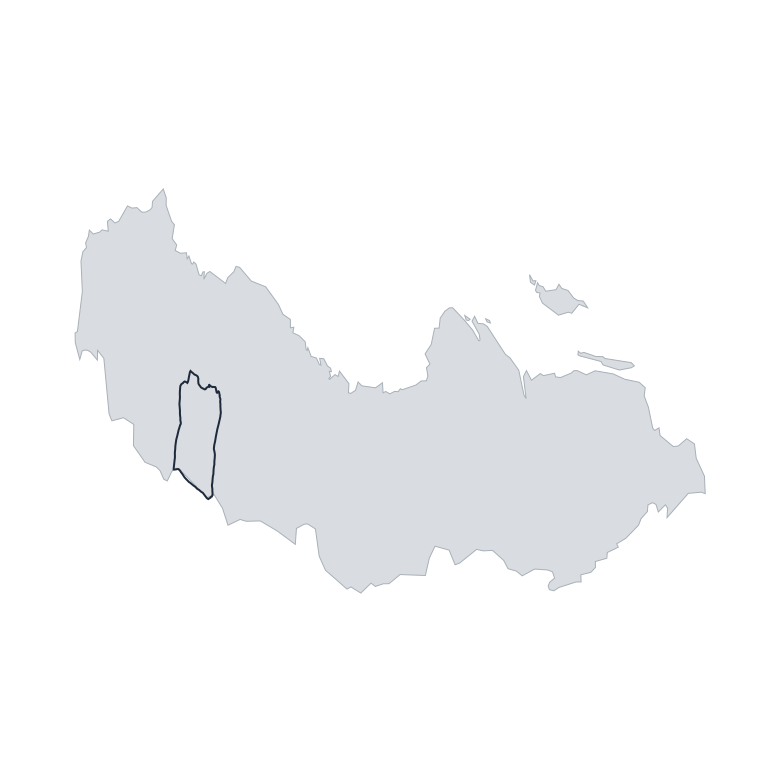 location of Arjeplog, Norrbotten, Sweden, rotated 257°
{"feature_id": "70781695B22534233820232", "entity_name": "Arjeplog", "entity_type": "district", "adm_level": 2, "iso_a3": "SWE", "parent_name": "Sweden", "parent_adm1": "Norrbotten", "projection": "equal_earth", "projection_center": [17.292, 66.388], "detail": "fine", "context": "in_parent", "style": "outline", "palette": "slate", "viewbox_px": 768, "rotation_deg": 257, "n_neighbors": 0, "source": "geoboundaries", "source_scale": "gbopen_adm2", "svg_char_len": 5759}
<svg xmlns="http://www.w3.org/2000/svg" viewBox="0 0 768 768"><g transform="rotate(257 384 384)"><path d="M153.6,500.8L156.5,506.6L163.1,505.9L166.0,501.6L169.8,489.2L166.0,475.5L172.0,470.8L176.1,463.3L185.1,461.0L197.5,452.3L199.0,443.5L202.0,437.0L192.5,417.4L191.9,412.6L207.5,410.1L214.5,397.2L204.2,389.0L188.1,381.2L194.7,356.9L188.3,343.9L189.5,338.4L188.7,330.0L192.9,326.6L185.5,314.4L193.7,306.1L192.5,301.8L215.7,285.1L230.8,282.1L258.2,284.6L264.9,278.0L265.3,274.5L263.0,266.2L247.7,261.5L264.9,246.8L278.4,232.7L281.2,219.0L284.4,213.3L281.5,200.2L299.2,198.7L315.0,193.4L313.0,186.3L347.9,164.9L349.0,161.1L346.4,157.5L338.3,151.0L340.7,148.0L349.9,146.3L354.4,143.5L361.4,133.6L380.3,126.0L400.9,131.1L409.8,122.5L409.3,110.6L416.7,109.4L472.0,116.8L481.2,112.5L471.8,110.1L481.0,105.4L483.7,102.6L484.5,99.2L484.1,97.4L476.4,93.1L493.8,92.5L503.2,94.5L504.1,97.1L542.0,110.9L572.0,116.4L580.7,120.4L583.9,124.8L588.6,125.0L594.3,129.2L600.2,131.5L595.6,134.4L595.9,140.9L597.6,144.0L594.9,149.7L604.7,151.1L606.4,154.6L601.4,158.1L602.2,162.1L615.2,174.1L612.1,178.0L611.4,183.0L605.9,186.7L605.1,190.5L606.4,195.5L608.3,197.8L614.0,199.5L623.7,212.8L614.3,213.7L607.1,211.9L590.4,213.6L586.3,215.6L573.3,210.3L566.1,213.3L561.1,210.6L557.2,215.0L556.3,221.0L550.3,220.4L552.6,222.7L544.5,223.5L543.9,224.5L545.7,226.0L543.2,227.8L532.0,228.4L530.6,230.4L533.9,232.7L533.8,234.2L526.6,232.0L531.7,236.4L532.8,239.6L517.6,252.3L522.8,255.7L527.2,263.0L531.9,266.3L530.1,269.6L514.2,277.8L505.3,290.6L485.3,299.0L474.7,301.2L467.9,307.3L459.8,305.4L459.6,308.9L454.4,306.7L450.2,312.1L442.9,316.7L434.9,315.9L434.0,316.7L436.5,318.0L427.3,319.2L424.5,324.0L417.7,325.3L416.6,326.8L423.5,327.1L422.1,331.0L414.3,333.0L411.4,335.5L407.9,335.5L408.6,333.6L403.3,333.7L401.7,331.4L400.7,332.0L404.2,338.4L401.6,341.0L406.6,343.5L392.2,349.9L383.5,347.4L382.3,349.4L384.2,354.8L391.8,359.2L387.2,362.0L382.2,374.9L385.6,382.8L375.6,381.1L376.3,384.0L373.1,387.5L374.4,392.6L373.4,396.0L375.7,399.0L374.3,400.5L375.8,414.8L378.6,421.0L377.6,425.9L381.7,428.5L390.4,429.1L393.0,433.2L404.1,430.8L411.9,438.9L426.9,445.8L426.1,450.3L435.6,453.6L441.2,459.7L443.5,464.9L442.8,468.1L428.0,476.7L416.6,482.5L404.7,486.1L405.3,487.5L411.1,488.0L425.4,483.9L429.6,487.5L421.9,489.2L420.3,494.3L417.0,497.5L385.4,509.0L381.2,512.6L367.1,518.4L341.7,517.9L337.8,519.2L359.8,521.5L365.0,525.8L354.5,528.5L359.0,538.7L356.3,541.2L356.1,552.6L352.3,552.8L350.6,557.5L352.5,568.9L354.3,572.1L353.5,575.4L347.4,583.2L349.4,592.6L342.3,609.6L334.5,619.6L328.3,633.0L321.6,637.7L313.8,634.8L302.0,636.4L280.6,635.9L277.9,637.2L279.4,642.1L271.7,641.4L258.0,651.8L257.4,656.8L262.6,666.6L255.8,673.0L241.4,671.5L222.1,675.5L204.9,672.3L207.2,668.9L209.0,655.9L190.1,629.7L199.2,632.4L203.0,631.0L197.6,622.5L205.5,621.9L208.0,618.9L206.8,614.0L200.4,611.9L195.0,604.2L189.2,600.3L179.3,585.0L175.9,574.7L172.3,575.6L169.6,563.7L164.1,561.9L163.5,550.0L157.6,548.7L154.0,543.2L153.8,532.9L146.8,531.5L147.9,526.6L146.4,508.6L144.3,503.0L146.4,498.9L150.2,498.5L153.6,500.8ZM448.1,556.4L444.9,557.5L443.1,560.8L438.0,562.5L437.2,572.9L441.8,576.9L437.1,578.7L433.8,584.3L425.2,588.1L421.7,591.6L420.0,596.8L412.4,599.6L417.8,591.9L410.7,582.9L412.5,579.7L411.8,569.5L427.2,556.6L434.4,555.1L437.6,556.5L438.9,553.4L441.2,552.7L448.1,556.4ZM349.2,629.7L345.4,632.0L344.2,628.7L344.7,616.4L353.3,601.7L357.1,600.5L367.6,580.7L368.8,579.5L372.3,580.7L369.7,582.5L369.8,585.9L363.2,596.5L361.4,603.4L359.1,605.1L349.2,629.7ZM451.1,552.3L450.4,555.2L446.6,552.9L450.2,549.6L457.8,550.4L451.1,552.3ZM432.6,478.1L427.7,482.5L426.8,480.7L427.8,478.5L432.6,478.1ZM422.1,501.1L419.5,501.4L421.3,498.4L424.7,497.7L422.1,501.1Z" fill="#d9dde1" stroke="#a8b0b8" stroke-width="1"/><path d="M440.2,198.4L439.3,197.6L434.5,195.4L432.1,194.4L430.3,193.5L429.3,192.6L430.4,191.7L431.3,190.3L430.8,189.1L430.1,188.3L429.5,186.6L427.9,185.1L425.4,184.3L422.6,183.4L420.2,182.8L416.6,182.1L410.7,180.2L404.0,179.2L400.6,178.4L396.5,177.9L394.4,177.4L391.9,177.3L390.7,176.9L389.8,176.1L388.2,175.2L385.3,173.5L380.4,171.1L376.4,169.0L372.5,167.5L370.3,166.7L367.1,165.8L364.3,164.8L359.6,163.8L356.0,162.5L352.2,161.2L348.5,159.9L348.0,159.8L347.7,160.8L347.6,162.2L347.6,163.4L347.3,164.6L346.5,165.1L345.6,165.7L344.1,166.2L341.6,167.3L337.8,168.7L335.7,169.9L333.4,171.3L332.1,172.1L331.2,173.1L329.9,174.0L327.8,175.6L326.4,176.9L323.9,178.4L322.2,180.1L320.2,181.5L319.4,182.3L318.9,182.9L316.9,183.8L314.4,184.9L312.9,185.6L311.9,186.3L311.4,187.0L311.7,187.6L312.0,188.3L312.2,189.3L312.8,189.7L313.0,190.4L313.1,191.0L314.0,191.6L314.2,191.9L314.7,192.0L315.9,192.3L316.6,192.4L317.0,192.5L319.0,192.8L320.5,193.2L322.5,193.3L324.3,193.6L326.6,194.6L329.3,195.4L331.1,196.0L332.8,196.6L334.3,197.4L336.1,197.9L338.9,198.7L341.3,199.5L343.7,200.6L345.9,201.1L347.7,201.6L349.6,202.3L351.7,202.9L353.1,203.3L354.8,203.5L357.3,203.6L359.0,203.6L361.1,204.3L363.2,205.1L366.5,206.7L370.0,208.1L377.6,211.5L381.4,213.5L384.7,215.1L388.8,217.1L390.9,217.8L392.3,218.4L393.6,218.7L395.5,218.9L396.3,219.1L398.2,219.4L399.7,219.7L401.2,220.1L402.2,220.2L403.8,220.4L405.1,220.9L406.1,221.2L407.2,221.1L408.4,221.0L409.6,221.2L409.8,221.4L413.5,221.4L414.1,221.0L413.9,220.4L413.3,219.9L413.0,219.4L413.8,219.0L415.5,219.1L418.5,219.1L419.0,218.8L419.5,217.2L419.7,215.9L420.4,215.4L421.0,214.3L421.4,214.2L422.4,213.7L422.3,213.2L421.6,213.0L420.8,212.9L421.1,212.5L420.6,211.7L420.5,210.7L420.0,209.9L419.1,209.0L419.1,208.3L419.3,207.7L420.0,207.1L420.7,206.1L421.9,204.9L424.1,204.0L425.0,203.6L426.1,203.3L427.6,203.5L429.4,203.8L430.8,204.3L433.1,204.2L433.6,203.9L434.6,203.2L435.9,201.4L437.7,200.2L439.5,198.8L440.2,198.4Z" fill="none" stroke="#1e293b" stroke-width="2"/></g></svg>